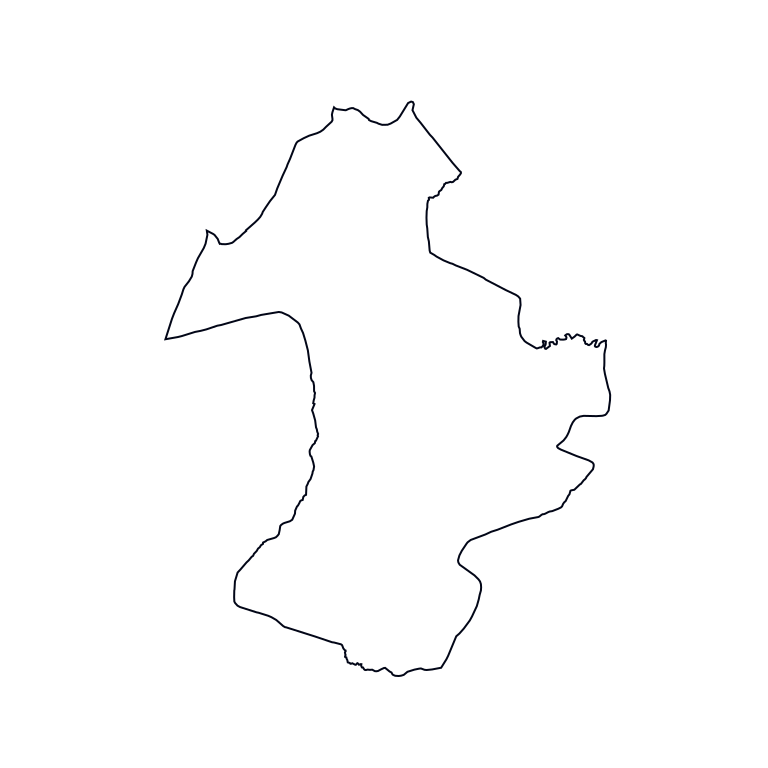 the district of Prasat Ballangk, Kâmpóng Thum, Cambodia, rotated 205°
{"feature_id": "14789045B6687253744380", "entity_name": "Prasat Ballangk", "entity_type": "district", "adm_level": 2, "iso_a3": "KHM", "parent_name": "Cambodia", "parent_adm1": "Kâmpóng Thum", "projection": "robinson", "projection_center": [104.812, 13.075], "detail": "fine", "context": "isolated", "style": "outline", "palette": "ink", "viewbox_px": 768, "rotation_deg": 205, "n_neighbors": 0, "source": "geoboundaries", "source_scale": "gbopen_adm2", "svg_char_len": 6166}
<svg xmlns="http://www.w3.org/2000/svg" viewBox="0 0 768 768"><g transform="rotate(205 384 384)"><path d="M546.2,613.6L545.6,608.6L545.0,606.0L542.8,602.6L542.2,601.3L542.3,599.6L545.2,592.6L546.5,588.9L548.3,585.8L550.7,583.0L556.7,577.5L560.6,572.9L564.7,567.3L565.2,565.8L565.3,563.3L564.3,548.4L564.2,542.1L563.9,539.4L563.9,530.0L563.4,516.1L562.7,509.3L564.6,501.6L565.8,494.3L566.6,488.7L566.4,486.8L566.8,483.1L567.8,479.7L569.3,475.8L574.1,464.9L573.6,464.4L575.5,460.3L577.1,456.0L578.9,453.0L580.6,449.0L581.4,447.7L584.1,445.4L586.5,443.8L590.2,442.2L591.4,442.1L592.0,441.6L593.1,442.4L596.0,445.2L600.6,447.5L602.4,447.8L609.4,448.1L607.1,444.6L605.0,435.7L604.8,431.1L605.8,419.3L605.7,414.8L605.1,405.4L604.1,402.9L603.6,400.1L604.2,394.6L605.8,387.8L605.8,385.0L605.1,379.7L604.3,369.4L604.1,359.4L603.7,353.5L601.0,332.2L590.6,339.5L587.5,342.0L577.3,351.3L572.6,354.7L568.1,358.4L559.7,366.4L556.6,368.6L537.2,385.4L528.5,391.3L524.5,394.7L509.8,404.8L507.0,405.6L499.2,405.7L488.1,403.3L485.8,402.3L482.7,399.2L478.9,396.0L473.6,390.1L467.2,382.3L461.1,372.8L454.4,363.5L453.9,360.7L452.8,358.6L451.2,356.9L448.8,355.8L446.6,352.7L444.3,347.9L442.7,346.7L442.2,344.5L441.2,342.2L440.8,339.5L440.0,336.6L438.5,336.5L438.2,329.9L435.7,327.4L431.0,321.9L427.3,316.0L425.7,314.5L424.4,312.6L422.6,310.9L422.5,309.5L421.7,308.8L421.7,303.8L422.2,303.2L421.7,301.1L422.9,298.5L423.3,292.7L422.8,291.2L421.5,289.1L420.3,287.8L419.2,287.6L414.9,282.9L412.5,279.7L411.5,276.1L411.6,274.6L411.0,272.5L410.4,266.8L411.1,263.2L410.9,261.2L411.0,258.3L407.8,250.6L408.8,249.5L409.4,247.6L408.7,244.5L409.8,243.6L410.5,242.3L410.4,240.7L410.6,237.5L411.1,236.2L411.0,231.7L409.9,228.9L409.8,222.2L411.3,219.8L415.5,216.0L416.7,214.6L417.7,212.7L418.0,211.4L416.8,207.4L415.9,203.4L416.4,201.4L417.2,199.4L418.6,197.9L423.9,193.3L424.8,191.4L426.6,189.2L426.1,187.9L427.4,185.8L427.6,183.6L428.6,181.6L428.8,178.9L430.1,175.1L430.0,173.0L430.9,171.5L432.1,166.9L433.2,164.2L435.8,154.9L437.0,151.3L435.7,142.2L432.7,134.7L432.4,133.5L429.7,127.4L427.7,123.6L426.4,122.6L423.1,121.2L420.2,121.0L403.0,123.2L400.9,123.7L391.0,125.0L387.5,125.1L381.9,124.6L373.0,122.0L370.8,121.8L369.9,122.1L339.9,126.0L321.9,128.0L320.0,128.6L313.0,129.9L311.6,129.6L309.0,127.1L306.8,126.1L306.2,126.2L305.8,125.5L306.0,124.3L304.8,122.6L304.3,122.2L304.2,120.7L303.9,120.2L302.6,120.3L301.9,119.3L300.6,118.3L299.2,116.4L297.1,116.7L296.4,116.3L295.8,116.4L294.7,117.5L291.6,117.4L290.9,117.6L290.2,119.7L289.5,119.7L288.0,119.0L286.7,120.3L286.1,120.5L285.7,119.2L284.9,118.3L284.1,117.8L283.2,118.2L281.4,117.0L280.5,116.8L279.5,117.1L278.2,118.2L275.9,119.0L273.9,120.1L270.9,119.9L269.4,120.5L268.1,121.4L266.1,124.1L264.1,126.5L263.0,127.2L257.4,125.8L255.3,125.7L253.6,124.4L252.7,124.2L250.5,124.3L247.2,125.6L245.2,126.9L243.2,128.7L241.1,133.1L235.7,138.0L231.8,140.9L230.3,141.8L226.5,142.1L224.5,142.8L219.8,145.6L212.3,151.0L211.1,160.9L211.0,164.8L211.9,185.9L210.2,189.7L208.3,196.1L206.3,206.0L206.0,210.5L206.0,221.9L207.1,228.8L208.2,233.4L208.9,237.8L210.0,240.7L211.6,243.6L213.5,245.6L215.8,246.9L221.1,248.8L239.0,252.2L240.9,253.5L241.5,254.1L242.4,255.5L243.2,260.5L243.0,265.7L241.7,274.2L241.3,275.9L239.5,279.3L228.5,290.5L224.4,295.4L219.5,299.9L209.4,310.5L203.7,316.0L195.4,323.3L188.0,328.6L187.2,329.5L185.9,332.1L185.1,333.1L184.1,333.6L183.0,334.7L181.1,337.2L180.0,338.4L177.8,339.9L173.3,344.6L171.4,347.0L170.9,348.4L171.0,351.0L170.7,352.8L169.9,354.7L169.8,360.5L169.3,362.3L169.9,366.0L169.4,366.7L166.8,368.6L164.0,375.8L163.3,376.7L162.3,381.2L161.7,382.3L161.2,383.9L161.2,385.4L158.6,395.0L159.1,397.7L159.7,399.3L160.6,400.3L162.0,401.0L166.3,401.3L179.1,400.1L196.0,399.3L199.1,399.5L200.6,400.3L200.9,401.3L197.4,408.7L196.4,413.0L196.2,415.6L196.2,418.6L196.8,424.9L196.7,429.0L196.0,432.3L195.3,433.9L192.8,437.2L189.6,439.5L178.0,444.6L173.0,447.3L171.8,448.2L170.4,449.5L169.8,451.0L169.2,454.9L172.3,464.8L174.4,469.7L176.5,472.6L179.1,475.2L188.1,486.6L191.2,491.1L192.0,493.5L193.3,496.5L196.9,504.2L197.9,507.8L198.5,511.1L199.4,513.5L200.3,514.8L201.1,517.1L201.7,517.1L204.7,513.8L205.7,511.4L205.4,509.7L205.7,508.8L206.2,508.0L207.3,507.2L208.5,507.2L209.0,507.6L209.2,508.5L209.5,513.7L210.4,513.5L212.6,510.8L213.0,510.0L213.0,509.0L213.4,507.8L214.6,505.9L215.7,505.7L217.0,506.1L218.0,505.6L218.8,505.9L219.8,507.5L220.8,507.8L221.5,508.4L221.6,509.6L221.9,510.4L223.4,510.7L224.3,511.1L226.4,510.6L229.7,510.6L230.3,510.2L231.3,507.5L233.0,504.5L237.1,507.1L238.3,507.0L239.4,506.3L240.3,504.6L238.8,503.8L238.2,503.1L238.0,501.7L238.8,500.9L240.4,499.9L243.2,498.7L245.5,499.2L246.2,498.5L246.6,497.4L246.4,496.5L245.2,495.6L244.4,493.4L244.7,492.6L246.3,492.2L247.0,492.3L248.6,493.4L251.1,492.1L251.4,491.3L249.7,488.6L252.0,484.3L252.7,484.1L253.9,484.9L254.4,485.7L254.2,487.2L254.3,488.4L255.2,490.8L258.0,490.3L257.8,489.2L256.6,488.2L256.0,486.6L256.3,485.0L256.9,483.6L258.0,483.2L259.8,481.4L260.6,480.8L261.8,480.8L272.4,481.8L274.7,482.3L279.6,484.9L280.7,485.9L282.2,487.5L284.4,491.4L286.2,493.0L288.5,497.2L290.8,502.4L293.6,513.3L296.7,518.9L299.4,520.1L302.0,520.5L313.2,520.6L335.8,521.6L338.5,522.3L357.0,522.6L369.0,521.8L372.8,521.9L375.0,521.5L382.3,521.2L390.3,521.7L392.9,522.2L397.6,522.6L399.0,524.2L403.6,532.2L406.4,535.8L410.6,543.4L412.7,546.6L415.8,552.7L418.4,558.8L419.4,562.4L420.8,565.5L421.6,568.7L421.1,570.0L422.1,571.7L421.5,572.4L418.2,573.6L417.8,574.8L417.0,576.1L415.5,577.2L414.6,578.7L415.4,581.3L415.2,582.2L414.1,584.0L414.0,586.3L413.4,588.3L413.8,590.6L413.3,590.9L412.8,592.5L411.7,593.0L409.3,595.2L407.8,595.5L406.8,596.4L405.6,599.4L404.1,600.9L404.4,603.1L403.5,606.2L403.4,607.8L404.1,608.7L405.2,608.9L415.5,613.5L444.2,627.9L447.8,629.3L461.2,636.2L467.2,639.0L473.9,644.2L475.2,650.2L477.0,651.7L478.8,651.4L480.9,648.8L482.7,633.1L483.7,628.9L488.0,622.9L490.3,620.5L495.2,618.1L499.0,617.6L500.8,617.7L506.7,616.8L509.1,616.9L510.0,617.8L516.7,619.0L520.8,620.7L523.5,621.2L526.4,620.9L528.6,621.0L530.0,620.3L531.4,619.2L532.6,618.0L534.2,616.1L534.7,615.8L542.5,613.3L544.7,613.1L546.2,613.6Z" fill="none" stroke="#020617" stroke-width="2"/></g></svg>